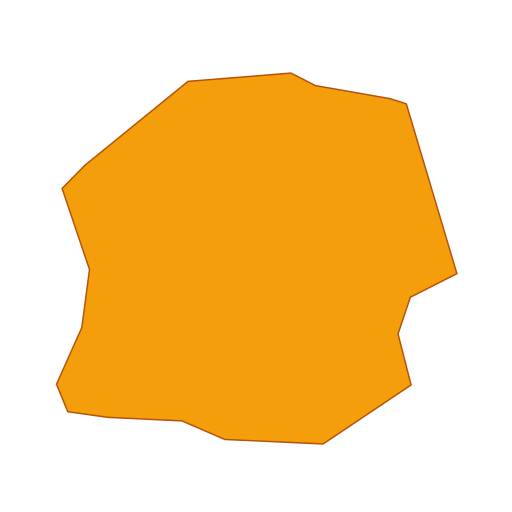 Tahoua Ville, Tahoua, Niger (Mercator projection), rotated 98°
{"feature_id": "23599985B25077979802367", "entity_name": "Tahoua Ville", "entity_type": "district", "adm_level": 2, "iso_a3": "NER", "parent_name": "Niger", "parent_adm1": "Tahoua", "projection": "mercator", "projection_center": [5.259, 14.899], "detail": "fine", "context": "isolated", "style": "filled", "palette": "amber", "viewbox_px": 512, "rotation_deg": 98, "n_neighbors": 0, "source": "geoboundaries", "source_scale": "gbopen_adm2", "svg_char_len": 401}
<svg xmlns="http://www.w3.org/2000/svg" viewBox="0 0 512 512"><g transform="rotate(98 256 256)"><path d="M275.3,97.4L245.5,54.6L84.5,128.3L81.6,144.4L79.0,220.9L70.0,246.9L92.5,347.6L189.8,437.9L216.1,457.4L292.5,419.0L351.0,418.5L410.8,435.7L436.4,420.7L436.4,380.2L429.6,306.5L442.0,261.4L432.8,163.4L362.1,84.5L313.4,104.5L275.3,97.4Z" fill="#f59e0b" stroke="#b45309" stroke-width="1.5"/></g></svg>